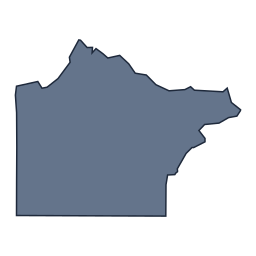 the district of Wright, Minnesota, United States of America
{"feature_id": "52423323B29714862444968", "entity_name": "Wright", "entity_type": "district", "adm_level": 2, "iso_a3": "USA", "parent_name": "United States of America", "parent_adm1": "Minnesota", "projection": "equal_earth", "projection_center": [-93.865, 45.201], "detail": "fine", "context": "isolated", "style": "filled", "palette": "slate", "viewbox_px": 256, "rotation_deg": 0, "n_neighbors": 0, "source": "geoboundaries", "source_scale": "gbopen_adm2", "svg_char_len": 745}
<svg xmlns="http://www.w3.org/2000/svg" viewBox="0 0 256 256"><path d="M16.5,215.5L91.0,215.8L165.8,216.1L166.0,184.7L167.6,175.0L174.8,174.6L176.0,172.8L176.2,172.7L177.5,171.7L177.5,170.4L177.3,168.8L186.1,153.4L192.0,147.5L193.6,147.6L205.0,141.8L205.0,138.4L198.9,130.5L204.6,124.5L219.0,123.1L228.6,117.6L236.9,116.1L240.4,110.7L240.6,109.8L231.4,102.5L227.2,88.1L223.0,91.8L194.4,90.2L190.6,86.7L184.9,89.6L169.0,90.8L155.9,84.7L146.3,75.0L135.2,73.2L128.7,63.8L119.7,55.4L107.8,58.0L102.9,53.7L96.0,48.6L92.1,52.9L92.5,47.4L87.1,47.5L80.5,40.2L78.8,39.9L69.4,57.2L70.1,62.3L58.0,78.6L47.1,87.2L42.0,88.2L37.8,81.5L16.5,86.2L15.4,95.1L16.6,112.7L16.8,146.9L16.6,181.1L16.5,215.5Z" fill="#64748b" stroke="#1e293b" stroke-width="1.5"/></svg>